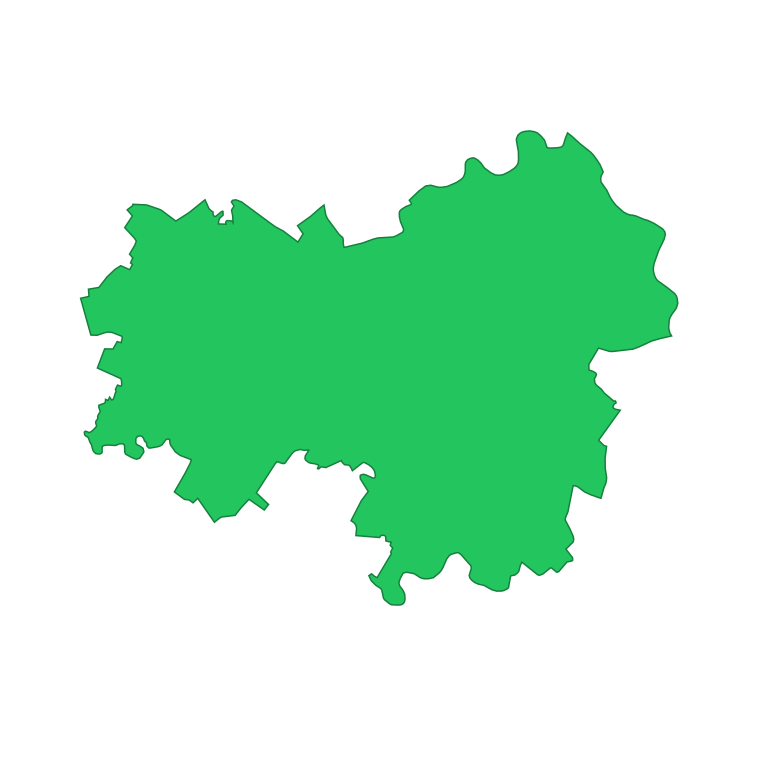 Gia Loc, Hải Dương, Vietnam (orthographic projection), rotated 80°
{"feature_id": "81297802B14141540631295", "entity_name": "Gia Loc", "entity_type": "district", "adm_level": 2, "iso_a3": "VNM", "parent_name": "Vietnam", "parent_adm1": "Hải Dương", "projection": "orthographic", "projection_center": [106.289, 20.847], "detail": "fine", "context": "isolated", "style": "filled", "palette": "green", "viewbox_px": 768, "rotation_deg": 80, "n_neighbors": 0, "source": "geoboundaries", "source_scale": "gbopen_adm2", "svg_char_len": 6142}
<svg xmlns="http://www.w3.org/2000/svg" viewBox="0 0 768 768"><g transform="rotate(80 384 384)"><path d="M207.4,412.0L197.3,412.0L199.5,416.2L206.1,427.1L213.1,441.7L222.0,437.6L229.3,444.1L215.8,456.7L210.4,463.6L206.1,467.8L179.9,492.7L176.9,497.9L176.8,501.3L178.2,502.7L182.0,501.1L183.0,501.0L185.9,503.7L187.1,504.0L192.0,503.8L199.0,504.7L197.0,505.6L195.8,510.0L196.5,511.4L197.4,511.9L199.2,511.8L197.6,519.3L194.2,518.2L192.3,517.1L189.7,513.1L186.0,512.6L185.8,513.2L186.2,514.5L189.6,520.3L189.6,521.4L189.0,522.4L187.4,522.9L184.8,522.5L183.3,524.2L180.9,525.9L171.5,528.3L181.5,546.5L187.4,560.7L174.4,572.9L173.1,574.6L166.9,585.8L166.3,587.2L163.4,600.1L164.7,600.5L167.9,606.7L174.8,602.6L185.0,612.2L196.8,604.6L200.2,603.1L204.0,605.3L212.0,612.1L216.1,609.5L220.7,612.6L222.6,610.9L227.2,614.6L221.8,622.7L224.3,628.8L230.3,638.0L239.4,648.0L239.3,658.6L246.5,659.3L246.9,667.9L284.9,664.2L286.2,658.1L285.0,650.2L284.9,647.1L285.4,644.9L286.0,642.8L291.4,634.0L292.8,633.6L297.7,635.7L295.9,639.4L302.5,644.8L300.9,653.0L318.5,663.5L332.9,642.4L333.2,642.1L335.9,642.0L339.5,642.5L340.5,643.4L338.8,646.6L342.6,649.4L345.2,649.2L346.1,650.1L350.8,652.5L352.4,653.9L352.4,655.0L349.3,656.5L352.3,658.6L350.8,660.9L352.9,661.4L354.3,662.3L355.4,668.5L357.6,668.9L361.9,668.2L364.7,670.8L366.5,671.7L368.6,672.0L370.6,674.2L372.2,674.7L375.2,674.3L376.3,675.0L379.2,679.0L380.5,681.6L380.5,683.0L378.7,685.9L378.8,686.7L379.4,687.5L381.8,687.6L383.1,687.1L385.1,684.8L385.7,684.5L390.2,683.7L393.0,682.7L398.7,682.2L400.7,681.3L402.6,679.8L403.6,676.3L403.3,674.6L402.5,673.5L397.3,672.6L396.5,672.0L395.9,670.2L396.2,666.3L397.8,659.6L397.8,658.1L397.0,655.1L397.4,652.0L398.6,650.5L399.6,650.2L406.0,651.1L408.1,650.7L411.7,646.4L414.0,643.0L415.1,640.6L414.6,637.4L409.7,632.6L408.3,632.2L405.4,632.5L403.2,634.6L401.1,637.4L399.4,638.7L394.7,637.9L392.7,635.6L392.8,632.8L393.6,631.5L395.8,630.2L398.7,629.7L400.4,628.2L404.1,628.2L406.2,626.7L406.5,625.4L406.5,617.4L406.0,614.7L405.3,613.0L400.8,608.3L400.6,606.4L401.4,604.7L405.2,605.1L407.3,604.7L414.7,601.2L418.9,597.2L425.1,586.9L428.2,588.5L437.5,595.5L453.9,609.2L463.0,600.5L464.4,596.0L467.9,592.7L464.2,587.3L490.7,575.0L487.5,569.2L486.8,566.9L487.5,553.4L481.2,546.4L474.1,537.0L487.3,523.8L482.6,518.6L469.0,528.6L443.6,505.0L441.9,502.9L444.6,497.9L445.0,496.5L444.6,495.1L436.9,487.1L434.7,484.0L434.3,482.2L433.9,477.9L435.5,474.1L435.9,469.7L436.4,469.7L441.0,473.9L443.4,474.8L445.2,474.5L448.2,471.9L449.2,470.0L450.5,466.1L452.3,462.7L453.1,462.4L455.6,464.2L456.1,463.9L456.1,462.5L455.0,461.0L454.7,459.8L456.2,455.8L452.0,439.4L454.2,438.6L456.6,436.9L457.7,433.0L458.6,432.0L460.8,431.0L463.9,430.2L457.6,418.3L458.0,416.8L460.7,413.3L463.8,410.5L466.6,409.0L468.9,408.3L473.7,408.5L475.0,410.0L474.6,411.4L470.3,417.7L469.3,420.1L469.6,422.7L470.2,423.4L473.3,423.8L487.1,418.2L495.0,426.6L512.9,440.2L515.8,437.3L518.6,436.1L521.6,436.1L528.4,438.0L534.4,415.0L532.6,413.2L532.9,410.6L533.3,409.7L534.7,408.8L538.9,409.4L541.1,404.5L544.0,405.9L547.0,403.9L550.7,406.7L552.2,406.1L573.5,424.4L571.6,426.9L568.8,429.2L570.1,432.2L575.6,430.7L580.8,427.0L585.0,422.6L586.5,422.0L594.8,421.7L596.6,420.9L601.1,417.0L602.7,415.0L604.1,408.9L604.4,405.2L603.5,402.9L601.7,401.5L599.7,400.7L594.5,400.1L590.6,401.1L585.5,403.6L582.7,403.9L580.7,403.1L578.3,401.7L573.7,398.1L573.3,395.8L573.5,393.9L576.0,387.3L581.2,381.6L582.7,378.6L583.5,374.3L583.3,368.9L579.5,362.2L577.3,359.7L574.7,357.6L567.3,352.7L564.4,349.6L563.4,347.4L562.8,342.0L563.0,340.4L563.5,339.5L565.5,337.7L578.1,330.0L580.6,330.0L587.2,333.3L590.0,333.1L592.3,331.8L595.2,329.2L596.4,327.4L597.5,325.8L599.7,320.5L605.5,313.3L607.5,309.1L608.3,304.2L608.2,301.9L607.2,298.3L606.3,296.8L595.5,292.8L594.9,292.0L594.9,288.4L593.1,285.1L591.7,283.7L586.0,281.1L583.4,279.1L598.6,265.8L599.2,264.6L599.3,263.3L598.7,260.5L594.2,252.4L594.1,251.5L594.4,250.8L599.4,246.6L599.1,244.5L591.1,234.7L590.9,229.6L590.2,228.7L587.7,228.5L578.2,233.5L572.4,225.1L569.9,224.1L566.9,224.1L558.9,226.1L549.3,229.2L547.6,228.7L541.7,225.0L517.0,215.4L517.4,213.6L518.9,211.0L525.0,205.3L528.9,199.8L534.3,190.2L524.7,185.6L520.5,182.9L517.8,181.8L514.9,181.0L505.8,180.8L495.3,179.1L484.0,175.6L482.9,178.0L476.7,182.4L450.8,155.9L449.0,160.6L447.3,162.4L446.3,162.6L444.8,161.6L443.7,160.6L442.9,158.7L440.9,159.0L440.9,160.3L439.9,161.4L431.1,168.7L426.9,170.8L422.3,174.8L419.7,176.1L416.7,176.0L415.1,175.7L413.6,174.3L411.4,173.1L409.9,173.6L408.0,175.8L405.7,179.7L400.3,178.9L385.9,166.5L391.1,156.1L391.7,152.9L392.9,132.9L391.8,126.8L388.1,112.6L387.2,103.8L386.6,92.4L383.5,93.6L379.8,93.9L377.8,93.8L370.6,92.0L368.1,90.7L365.4,88.4L360.1,82.9L355.6,80.7L350.9,80.4L348.3,80.7L345.4,82.1L339.0,87.6L329.7,96.6L327.3,97.9L324.3,98.7L320.2,99.1L316.5,98.6L312.1,97.0L299.8,90.0L290.2,83.0L285.4,80.9L282.6,81.1L279.6,82.7L277.3,85.1L272.6,90.3L268.7,95.8L267.1,99.2L262.4,106.5L261.0,109.6L260.3,112.2L259.1,114.6L256.2,118.3L248.5,124.4L243.4,127.2L239.0,129.0L232.3,130.8L222.8,135.2L219.5,135.0L216.9,134.0L213.2,131.3L205.7,133.1L200.2,135.4L195.0,138.0L191.6,140.2L181.1,149.5L172.6,156.0L168.6,159.6L173.3,162.6L178.2,165.1L179.9,166.1L181.0,167.3L181.5,168.7L181.4,172.8L180.6,178.8L180.2,180.9L179.3,182.4L171.7,183.6L167.2,186.2L163.2,189.5L161.5,192.5L160.1,196.4L159.7,200.9L159.9,204.2L160.6,206.3L162.1,208.8L165.1,210.8L166.8,211.3L178.3,211.3L186.1,212.5L189.5,213.5L192.0,215.2L194.2,218.3L196.7,223.9L198.5,230.2L198.5,233.9L197.4,238.2L194.4,242.2L188.7,247.6L183.0,250.3L179.9,252.6L178.1,254.5L177.0,256.1L176.7,258.0L176.9,260.2L177.6,262.7L179.6,264.9L181.4,265.7L188.9,267.1L192.0,268.5L194.0,269.9L195.7,272.1L198.1,277.5L200.4,287.2L200.3,292.8L199.8,296.0L196.4,303.4L196.2,308.5L199.9,316.0L207.4,327.2L210.6,325.7L211.9,326.1L213.2,332.1L215.1,336.5L216.3,338.3L218.0,339.2L222.1,339.8L227.0,339.6L234.5,337.9L235.9,338.0L237.5,339.0L238.1,340.1L240.3,346.6L240.8,349.7L239.1,364.4L239.5,369.6L241.5,381.0L242.6,399.6L238.4,399.8L235.6,399.1L232.7,399.2L228.8,402.3L211.3,411.0L207.4,412.0Z" fill="#22c55e" stroke="#15803d" stroke-width="1.5"/></g></svg>